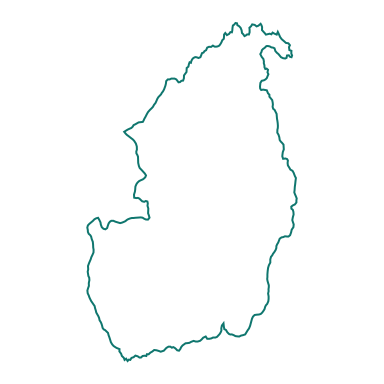 Itacambira, Minas Gerais, Brazil (Equal Earth projection)
{"feature_id": "56859067B7799529172326", "entity_name": "Itacambira", "entity_type": "district", "adm_level": 2, "iso_a3": "BRA", "parent_name": "Brazil", "parent_adm1": "Minas Gerais", "projection": "equal_earth", "projection_center": [-43.326, -16.911], "detail": "fine", "context": "isolated", "style": "outline", "palette": "teal", "viewbox_px": 384, "rotation_deg": 0, "n_neighbors": 0, "source": "geoboundaries", "source_scale": "gbopen_adm2", "svg_char_len": 5924}
<svg xmlns="http://www.w3.org/2000/svg" viewBox="0 0 384 384"><path d="M256.7,314.7L259.0,314.5L260.7,314.0L262.2,312.6L263.5,310.8L264.5,309.2L265.2,306.7L266.0,305.2L267.2,303.9L268.3,301.3L268.6,298.9L268.6,296.3L268.1,293.5L268.6,291.2L268.5,289.2L268.8,287.1L268.8,285.2L268.2,283.3L267.5,280.8L267.2,279.0L267.4,277.1L267.4,274.4L267.7,270.8L268.1,267.8L268.9,265.2L270.3,262.6L270.3,259.4L271.0,256.8L272.2,255.4L273.0,253.8L274.3,252.1L275.6,250.0L276.3,248.1L276.4,246.0L277.2,244.2L278.2,242.6L279.7,238.7L281.5,237.4L283.2,237.1L285.0,236.3L286.9,236.5L288.5,236.5L290.1,235.2L291.1,232.4L291.7,229.7L293.4,227.2L293.7,224.4L292.9,222.0L292.3,220.1L292.8,217.4L293.6,214.5L293.4,211.8L292.8,209.8L291.4,208.7L291.3,206.6L293.0,205.3L294.8,204.5L296.4,202.5L296.4,200.3L296.7,198.4L295.8,196.1L295.0,194.3L294.3,192.4L294.6,190.0L294.8,186.9L295.2,184.0L295.5,181.1L295.9,178.0L294.9,176.1L293.6,172.7L292.5,170.8L290.4,169.6L289.1,167.3L287.9,165.4L287.6,163.0L287.9,160.5L287.1,159.1L285.5,158.5L283.1,158.8L282.3,156.3L282.5,154.3L282.8,152.1L283.8,149.4L283.5,144.6L282.0,142.8L280.7,141.5L279.7,140.0L279.3,137.2L278.5,134.7L277.3,132.7L277.4,129.7L277.8,128.0L277.9,125.8L277.7,123.1L277.4,120.9L277.0,118.7L276.8,116.4L276.6,113.9L274.6,109.9L273.2,108.8L272.6,106.8L272.9,104.6L272.7,102.6L272.2,100.1L270.4,97.9L269.4,96.7L269.4,94.7L268.0,93.3L266.8,90.3L263.1,89.6L261.2,90.0L260.2,88.6L260.0,86.6L260.4,82.9L261.7,80.8L263.9,80.3L265.5,79.4L266.8,78.1L267.7,75.8L268.4,74.2L267.5,72.4L268.0,69.8L266.6,68.6L265.3,69.0L264.5,67.3L264.4,65.2L263.8,63.2L263.9,61.4L263.4,59.0L261.7,56.9L260.3,54.1L261.5,51.9L261.9,50.2L263.1,48.9L264.6,47.9L266.4,46.1L267.8,46.0L269.7,46.4L271.4,47.4L273.0,47.6L274.5,48.3L275.4,51.1L277.0,52.9L278.4,54.0L281.0,57.2L283.1,58.2L285.2,58.5L286.5,57.9L287.0,55.5L288.8,55.3L290.0,56.8L291.5,57.2L292.1,55.5L291.3,53.5L291.4,50.8L289.4,50.1L289.0,47.1L289.9,45.2L288.4,43.3L285.9,42.9L284.4,41.5L281.7,39.2L280.1,37.0L279.0,34.4L277.8,31.9L276.7,34.6L274.3,33.6L272.6,32.6L271.4,34.3L269.7,33.7L265.9,34.6L264.8,33.2L263.6,31.9L262.0,30.1L262.1,27.1L261.5,25.3L260.6,23.8L258.4,25.7L256.6,26.4L254.7,24.9L252.2,24.4L251.1,26.2L249.4,27.8L249.6,29.6L249.6,32.3L248.9,34.5L247.1,34.4L245.9,35.4L244.5,36.1L243.2,34.2L242.0,33.0L241.6,30.3L240.6,27.8L239.0,26.1L237.4,25.2L237.0,23.3L235.5,23.0L234.2,24.6L232.9,25.5L232.5,27.8L232.3,30.5L231.9,32.3L230.4,32.1L229.1,33.9L226.9,35.1L225.3,33.0L224.1,34.5L224.0,36.8L223.8,38.8L222.3,40.2L221.4,42.4L220.4,44.1L219.3,45.6L217.7,46.4L216.0,46.7L214.5,46.6L212.9,45.6L211.1,46.9L209.0,46.8L207.2,47.6L206.1,50.2L204.5,51.1L203.5,52.6L202.0,53.1L201.1,55.5L200.4,57.2L198.5,58.0L196.7,57.3L195.2,57.1L193.4,58.0L192.2,59.3L191.4,60.9L190.9,62.8L189.6,62.3L188.9,64.2L188.4,66.6L186.7,68.0L186.5,72.0L184.0,75.4L183.9,78.3L183.1,80.6L181.4,80.8L180.0,82.1L178.5,82.3L177.4,80.8L176.3,79.4L174.6,78.6L171.3,78.6L169.7,79.4L167.8,79.4L166.2,81.1L165.9,83.7L165.4,85.7L164.1,89.3L163.0,91.4L161.8,92.9L161.0,94.4L158.4,97.1L157.4,98.7L156.5,100.8L155.5,103.0L154.1,104.7L152.9,106.9L151.4,108.5L150.0,109.8L148.0,112.1L146.7,114.4L145.5,116.8L144.4,118.7L143.6,120.5L142.8,121.9L138.6,122.4L135.3,124.3L133.6,125.1L132.6,126.8L131.3,128.0L129.6,128.7L127.7,129.6L126.2,130.5L124.2,131.8L125.7,133.7L126.9,134.9L128.4,136.0L129.8,137.1L131.2,138.2L132.8,139.4L134.2,140.9L135.9,143.6L136.8,146.5L136.9,149.6L136.3,151.5L136.4,153.4L137.3,154.9L138.0,156.7L138.2,162.9L138.9,166.0L139.7,168.0L142.0,170.4L144.8,173.5L146.0,175.4L145.3,177.2L144.1,178.4L142.8,179.4L140.9,180.2L139.1,181.1L137.5,182.6L136.4,184.2L135.4,186.6L135.2,189.6L134.9,191.7L134.0,194.6L134.2,197.7L136.2,198.1L137.9,197.9L139.4,198.6L140.5,199.7L142.2,201.3L144.2,201.8L145.8,201.0L147.4,201.5L147.8,203.4L147.5,205.8L148.3,208.5L148.1,213.3L148.8,215.2L149.5,217.7L148.0,219.6L145.9,219.5L144.3,218.8L142.6,217.7L140.8,217.4L135.1,217.8L133.5,218.0L131.8,218.0L129.9,218.5L127.9,219.3L126.6,220.1L125.5,221.1L123.6,222.0L121.8,222.7L120.1,223.1L115.4,221.7L113.4,220.8L111.3,220.8L109.9,221.7L108.7,223.3L107.9,225.5L107.1,228.1L105.4,229.3L103.5,228.8L101.8,227.2L100.8,224.5L100.5,222.4L99.4,220.1L98.1,217.8L96.2,218.3L94.4,219.3L92.9,220.9L89.4,223.8L87.9,225.4L87.3,227.6L87.8,230.0L87.9,231.9L88.7,233.8L90.2,235.1L91.1,236.5L91.7,239.0L92.8,241.8L93.1,244.9L93.2,247.5L93.6,249.8L93.5,252.5L92.5,254.8L91.3,257.3L90.7,259.3L89.1,263.0L88.0,266.0L88.2,269.3L87.7,271.7L88.0,273.6L88.4,276.1L89.2,277.6L89.4,280.1L88.8,283.1L88.9,285.9L88.0,288.4L87.4,290.5L87.7,293.3L88.8,295.6L89.4,297.4L90.1,298.9L91.2,301.1L92.6,303.1L93.6,304.6L94.6,306.0L95.1,308.3L95.8,310.5L96.3,312.6L98.4,316.3L99.1,318.0L99.6,320.3L100.7,322.0L101.4,323.5L102.1,325.7L102.6,327.9L103.7,329.4L105.1,330.1L108.0,332.9L108.6,335.3L109.3,337.1L110.1,339.6L110.9,342.2L112.2,344.4L113.6,346.0L115.1,347.0L116.5,347.9L119.5,349.1L119.4,351.4L121.1,353.7L121.9,356.0L123.8,357.8L124.6,359.9L126.1,358.7L127.6,361.0L128.9,359.6L130.3,359.9L131.5,357.9L133.6,357.2L135.4,355.6L137.7,356.3L139.4,357.5L141.0,357.5L142.6,356.0L144.6,355.7L146.3,356.0L146.9,354.2L148.6,354.3L150.4,352.6L152.2,351.6L154.2,350.0L156.6,350.3L158.9,351.0L160.7,351.7L163.8,350.7L166.4,347.9L168.4,346.7L170.4,346.7L171.9,347.7L173.2,347.1L174.6,347.8L176.1,349.1L177.2,350.3L179.0,350.7L180.3,349.0L181.2,347.1L182.5,345.5L185.5,343.3L187.6,343.1L189.5,342.8L191.0,341.9L193.6,340.9L195.6,341.5L197.8,341.5L200.1,340.8L201.7,339.4L203.2,337.7L205.7,336.5L207.2,338.8L209.3,338.8L211.3,338.4L213.1,337.5L215.5,337.5L217.0,336.9L219.7,334.0L220.7,332.3L221.4,330.6L221.3,328.3L221.9,325.5L223.5,323.4L223.8,326.3L224.3,329.1L226.0,330.0L227.2,332.1L228.9,333.9L230.3,334.5L231.8,334.4L233.6,335.1L235.4,336.1L237.5,336.4L239.3,336.5L241.0,335.6L243.2,335.1L245.2,334.4L247.8,330.1L249.0,328.5L250.1,325.8L252.0,318.7L253.0,316.6L254.6,315.0L256.7,314.7Z" fill="none" stroke="#0f766e" stroke-width="2"/></svg>